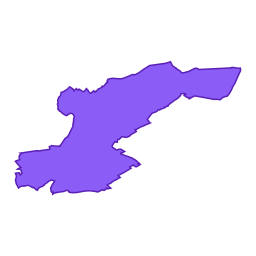 outline of Beekdaelen, Limburg, Netherlands
{"feature_id": "6326949B16660020709385", "entity_name": "Beekdaelen", "entity_type": "district", "adm_level": 2, "iso_a3": "NLD", "parent_name": "Netherlands", "parent_adm1": "Limburg", "projection": "robinson", "projection_center": [5.879, 50.935], "detail": "fine", "context": "isolated", "style": "filled", "palette": "violet", "viewbox_px": 256, "rotation_deg": 0, "n_neighbors": 0, "source": "geoboundaries", "source_scale": "gbopen_adm2", "svg_char_len": 5517}
<svg xmlns="http://www.w3.org/2000/svg" viewBox="0 0 256 256"><path d="M20.4,153.1L21.1,153.5L20.7,154.3L20.2,154.9L19.6,155.0L19.3,155.7L19.1,157.7L19.7,159.7L16.1,160.8L15.4,161.3L17.9,164.4L20.9,167.5L19.9,167.8L17.5,169.1L17.4,169.2L19.7,169.2L20.3,169.4L20.7,169.6L20.8,169.8L21.2,170.7L21.4,171.9L22.1,172.8L21.4,173.7L20.2,175.0L19.2,172.7L15.4,173.3L15.7,173.9L16.1,175.1L16.4,175.8L16.4,176.0L16.4,176.5L15.9,178.7L15.5,179.6L15.5,179.9L15.6,180.6L15.8,181.9L15.9,182.1L16.2,182.4L16.0,182.6L16.0,182.8L16.7,184.7L17.2,185.3L18.1,187.3L18.5,188.0L19.0,187.6L21.0,186.3L22.0,186.1L23.9,185.9L23.9,186.1L25.6,185.9L27.5,185.4L28.4,185.4L29.0,185.6L30.6,186.4L32.5,187.6L33.1,187.2L33.4,187.4L34.2,188.1L35.0,188.6L35.4,188.9L35.6,189.2L35.7,189.5L37.5,190.3L37.7,189.8L37.5,189.7L38.5,188.5L38.4,188.5L39.5,187.5L40.7,186.9L42.3,186.5L42.6,186.3L43.2,185.8L43.4,185.6L43.6,185.2L43.9,185.3L44.3,185.1L44.7,184.4L45.1,184.0L45.2,183.8L45.9,183.3L47.0,182.8L47.2,182.5L48.6,181.4L51.1,180.0L54.6,180.8L54.0,182.1L52.5,184.4L51.8,185.6L50.7,187.9L50.7,188.7L51.0,189.7L50.9,190.6L51.1,191.2L51.7,192.1L51.8,192.1L51.9,192.3L52.2,192.5L52.4,192.5L53.0,192.1L53.3,192.2L52.7,193.5L52.7,194.2L53.2,193.9L53.3,193.4L53.8,193.2L54.1,193.2L55.9,192.7L60.3,191.9L63.0,191.6L63.9,191.4L65.9,190.6L66.8,190.4L67.9,190.5L68.8,191.6L69.1,191.5L69.3,192.3L70.1,192.4L71.4,192.6L73.3,192.7L75.1,192.6L76.7,192.5L84.6,191.1L88.0,190.8L91.7,190.9L94.1,191.3L96.2,191.6L97.6,192.0L97.8,192.0L97.9,191.9L102.7,189.7L103.7,190.4L104.2,190.4L105.6,189.5L105.9,189.1L106.4,188.1L106.7,188.3L107.1,188.7L107.4,188.8L108.7,188.6L109.6,188.3L110.7,188.1L109.5,187.2L108.9,186.5L107.7,185.4L107.2,184.7L110.9,183.1L112.4,181.8L113.7,180.9L114.4,180.5L115.2,180.3L115.9,179.9L118.7,178.2L120.2,177.5L118.1,175.6L124.1,172.4L131.0,168.3L129.7,167.1L132.6,165.4L132.6,165.6L133.8,165.0L133.9,165.4L134.0,165.6L135.0,166.5L135.7,166.7L136.7,166.7L137.1,166.3L139.2,165.2L139.5,165.0L139.4,165.0L139.7,164.7L139.8,164.3L137.9,163.6L138.0,163.4L138.8,163.7L139.5,163.8L139.6,163.6L138.6,162.9L136.4,160.8L134.9,159.7L133.5,159.0L133.3,159.0L132.5,158.2L120.7,153.9L121.3,153.0L121.1,152.9L121.3,152.7L121.6,152.5L121.9,152.7L122.3,152.7L123.8,152.1L124.2,151.6L124.6,151.4L124.4,151.3L123.0,150.5L122.9,150.5L122.7,150.4L122.8,150.4L121.0,149.3L120.6,149.2L118.8,149.3L117.1,149.9L116.7,149.9L116.2,149.8L113.8,148.1L113.1,147.8L112.6,147.3L112.2,146.7L112.1,146.3L112.1,145.8L114.2,142.6L114.8,141.8L115.0,141.8L114.9,141.9L117.3,142.2L117.2,141.7L117.7,139.6L119.4,139.3L119.9,138.6L120.3,138.3L120.4,138.1L121.3,137.3L121.7,136.6L122.3,136.6L123.6,137.1L124.7,137.1L126.4,137.3L127.0,137.2L129.4,136.2L129.5,136.1L129.4,136.0L131.0,134.7L133.0,133.4L134.7,132.5L136.3,131.5L135.1,129.6L136.3,129.5L137.3,128.8L138.7,128.1L139.9,127.4L142.3,126.3L145.1,125.2L145.6,124.9L150.2,123.0L149.7,122.8L149.6,122.5L148.2,120.5L147.3,119.4L151.8,113.5L152.3,113.2L156.5,111.6L157.4,110.9L158.3,109.6L159.4,110.0L161.1,109.1L165.0,107.6L164.8,107.1L168.1,106.0L167.9,105.6L168.6,104.9L171.0,102.9L172.7,101.8L173.7,100.8L174.4,100.4L177.9,98.2L179.5,96.6L180.5,95.6L180.6,95.3L181.0,93.7L185.0,93.6L185.7,94.1L185.2,94.3L184.1,95.4L187.3,97.6L188.9,97.5L189.0,98.7L189.6,98.7L191.1,97.8L191.7,97.5L192.0,97.2L192.7,96.7L192.9,96.8L194.9,95.9L207.9,98.2L213.6,99.4L214.3,99.4L214.5,99.3L215.1,99.3L216.7,99.3L220.3,99.7L220.9,99.1L221.9,98.1L223.2,97.3L224.8,96.7L227.1,96.2L228.1,95.1L229.2,93.8L230.0,92.4L231.3,90.2L232.7,86.9L233.4,85.7L235.0,83.2L236.5,79.5L240.6,70.5L240.6,70.1L240.3,68.1L239.5,68.2L236.8,68.1L235.1,67.7L232.6,67.4L231.2,67.6L231.3,67.9L198.9,69.5L197.0,68.3L196.6,68.2L196.1,68.2L194.4,68.5L188.9,71.4L183.5,72.8L182.6,72.9L182.0,72.7L181.4,72.4L180.9,72.0L180.4,71.2L180.1,71.0L176.0,68.4L176.1,68.2L172.7,66.0L170.5,61.8L165.6,63.3L149.7,65.5L143.6,69.3L139.0,72.7L134.7,74.9L133.4,74.5L131.8,74.8L128.0,76.5L123.8,78.1L122.0,78.6L121.1,78.8L118.9,78.8L117.0,78.6L112.0,78.3L109.4,78.9L108.3,79.3L107.8,79.4L107.3,80.5L107.6,80.6L107.1,81.8L107.6,82.3L106.3,83.2L106.2,83.1L105.8,83.8L103.5,86.3L102.1,86.3L102.3,86.8L102.1,87.2L98.8,88.9L98.6,89.0L98.4,88.9L95.9,91.6L95.7,91.4L94.9,92.0L94.4,91.6L93.9,90.8L92.5,91.7L91.4,92.8L90.6,93.3L88.4,91.5L88.3,90.9L87.9,90.1L86.4,88.6L85.1,90.5L83.2,91.8L79.1,89.1L77.9,90.2L76.3,88.6L73.9,90.9L73.6,89.9L73.0,89.0L72.1,88.4L70.8,87.6L69.8,86.8L68.9,87.5L67.9,88.7L67.4,89.1L64.7,90.9L63.6,91.6L62.4,92.0L62.0,92.2L61.8,92.4L61.1,92.4L60.9,94.2L60.4,95.8L60.1,96.1L59.4,96.6L58.7,97.5L57.7,100.3L57.7,100.7L57.8,101.3L58.2,102.9L57.6,103.6L57.4,104.0L58.0,106.1L58.0,108.1L57.9,108.4L57.8,108.8L58.0,108.8L58.3,109.6L59.0,110.2L58.9,110.3L59.3,110.6L59.6,111.1L59.7,111.3L60.0,111.3L60.3,111.3L62.4,113.3L64.4,114.7L66.2,115.5L66.7,115.6L67.0,115.5L67.2,115.4L67.5,114.8L67.9,114.5L70.4,113.4L70.8,113.3L71.4,113.3L72.5,113.8L72.9,114.1L74.4,116.4L74.2,117.0L73.6,118.8L73.5,120.2L73.5,120.3L73.7,120.5L73.6,121.9L73.4,122.1L73.2,122.3L73.4,122.7L73.0,124.4L72.9,124.4L72.9,124.9L72.9,125.4L73.1,125.9L73.1,126.2L72.6,127.1L72.4,127.5L72.2,127.8L71.4,129.2L71.1,130.2L70.8,130.6L70.7,131.2L70.5,131.5L70.0,132.0L69.8,132.4L69.7,133.0L69.5,133.6L69.2,134.0L68.4,135.4L67.5,136.6L67.7,136.9L66.9,137.1L66.2,137.7L65.4,138.2L64.9,138.6L64.9,138.8L64.4,139.6L63.5,140.8L63.3,141.2L60.7,145.0L59.2,146.2L59.3,146.3L52.1,145.8L51.5,145.6L51.4,145.9L50.1,146.4L49.3,146.6L50.0,149.1L49.6,149.3L37.6,151.1L37.3,150.6L20.4,153.1Z" fill="#8b5cf6" stroke="#5b21b6" stroke-width="1.5"/></svg>